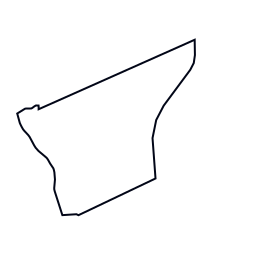 map outline of Al Minya (Natural Earth projection), rotated 156°
{"feature_id": "EGY-1545", "entity_name": "Al Minya", "entity_type": "Governorate", "adm_level": 1, "iso_a3": "EGY", "parent_name": "Egypt", "parent_adm1": "", "projection": "natural_earth1", "projection_center": [30.491, 28.195], "detail": "fine", "context": "isolated", "style": "outline", "palette": "ink", "viewbox_px": 256, "rotation_deg": 156, "n_neighbors": 0, "source": "natural_earth", "source_scale": "10m", "svg_char_len": 694}
<svg xmlns="http://www.w3.org/2000/svg" viewBox="0 0 256 256"><g transform="rotate(156 128 128)"><path d="M31.2,181.5L37.2,167.4L41.5,160.6L47.5,155.8L86.3,133.9L99.0,123.8L109.7,108.8L123.4,70.7L208.7,68.5L210.2,70.2L223.4,75.1L220.7,99.9L220.3,102.0L219.8,103.2L215.7,110.6L213.3,117.4L212.8,119.7L212.6,121.5L212.8,122.6L213.6,127.2L214.0,131.6L214.2,132.7L214.5,133.9L219.1,143.4L220.4,147.5L220.8,150.3L221.5,159.8L222.0,162.1L223.9,167.6L224.4,169.5L224.7,172.6L224.8,175.0L224.8,176.6L223.3,186.3L214.3,187.5L213.4,187.3L208.5,185.2L207.9,185.2L207.1,185.3L204.5,185.9L202.9,186.0L200.6,184.9L201.0,183.7L202.0,181.5L31.2,181.5Z" fill="none" stroke="#020617" stroke-width="2"/></g></svg>